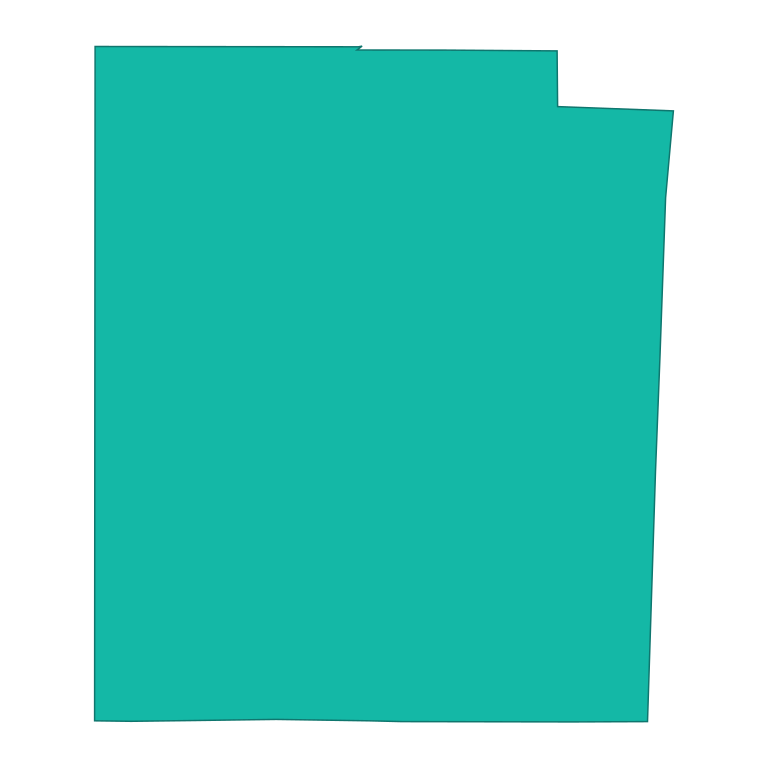 Allegany, New York, United States of America
{"feature_id": "52423323B99116494629117", "entity_name": "Allegany", "entity_type": "district", "adm_level": 2, "iso_a3": "USA", "parent_name": "United States of America", "parent_adm1": "New York", "projection": "equal_earth", "projection_center": [-77.96, 42.26], "detail": "fine", "context": "isolated", "style": "filled", "palette": "teal", "viewbox_px": 768, "rotation_deg": 0, "n_neighbors": 0, "source": "geoboundaries", "source_scale": "gbopen_adm2", "svg_char_len": 388}
<svg xmlns="http://www.w3.org/2000/svg" viewBox="0 0 768 768"><path d="M647.5,721.6L655.5,471.3L660.0,355.8L665.6,197.7L673.4,110.9L557.6,106.6L557.1,50.9L444.4,50.1L357.0,50.0L362.1,46.1L358.5,46.8L95.1,46.5L94.6,720.8L131.1,721.3L195.1,720.5L276.2,719.4L368.9,720.8L369.1,720.8L402.2,721.6L566.1,721.9L575.3,721.9L647.5,721.6Z" fill="#14b8a6" stroke="#0f766e" stroke-width="1.5"/></svg>